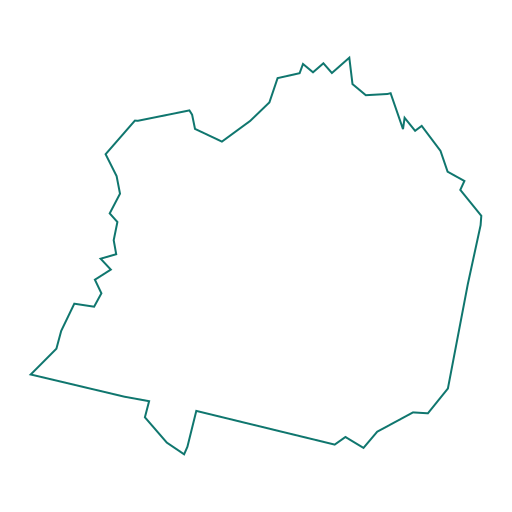 outline of Franklin, Virginia, United States of America
{"feature_id": "52423323B83651152467254", "entity_name": "Franklin", "entity_type": "district", "adm_level": 2, "iso_a3": "USA", "parent_name": "United States of America", "parent_adm1": "Virginia", "projection": "mercator", "projection_center": [-79.913, 37.007], "detail": "fine", "context": "isolated", "style": "outline", "palette": "teal", "viewbox_px": 512, "rotation_deg": 0, "n_neighbors": 0, "source": "geoboundaries", "source_scale": "gbopen_adm2", "svg_char_len": 854}
<svg xmlns="http://www.w3.org/2000/svg" viewBox="0 0 512 512"><path d="M105.6,154.2L116.6,176.1L120.0,193.7L109.7,213.4L117.4,222.0L113.7,240.2L116.2,254.2L100.6,258.7L110.8,269.6L94.9,279.7L101.4,293.3L94.1,306.7L74.3,303.7L61.2,330.9L56.4,348.7L30.7,374.5L124.4,396.7L149.1,401.2L144.9,417.3L166.8,442.6L184.1,454.3L187.4,446.8L196.3,410.9L242.6,422.2L334.7,444.6L345.4,437.0L363.5,447.9L377.2,431.7L413.0,412.4L427.9,413.3L447.9,388.5L467.8,284.2L480.6,225.2L481.3,215.8L460.3,189.9L464.4,181.0L447.6,171.7L440.5,150.9L421.7,125.9L415.1,130.8L404.6,117.8L403.0,129.1L390.6,93.2L387.3,94.0L365.8,95.2L352.5,84.1L349.3,57.7L331.9,73.0L323.4,63.3L313.0,72.3L303.0,64.0L299.6,73.2L277.6,78.1L269.4,102.4L250.2,120.9L221.9,141.6L195.0,128.9L192.1,114.7L189.4,110.4L137.8,120.8L134.9,120.6L105.6,154.2Z" fill="none" stroke="#0f766e" stroke-width="2"/></svg>